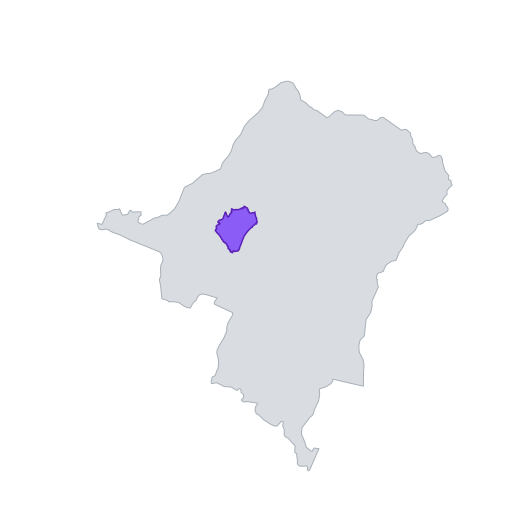 Oshwe, Bandundu, Democratic Republic of the Congo shown in context, rotated 23°
{"feature_id": "63176286B4112889633509", "entity_name": "Oshwe", "entity_type": "district", "adm_level": 2, "iso_a3": "COD", "parent_name": "Democratic Republic of the Congo", "parent_adm1": "Bandundu", "projection": "robinson", "projection_center": [19.895, -3.147], "detail": "fine", "context": "in_parent", "style": "filled", "palette": "violet", "viewbox_px": 512, "rotation_deg": 23, "n_neighbors": 0, "source": "geoboundaries", "source_scale": "gbopen_adm2", "svg_char_len": 8528}
<svg xmlns="http://www.w3.org/2000/svg" viewBox="0 0 512 512"><g transform="rotate(23 256 256)"><path d="M405.7,333.9L374.8,339.4L375.4,341.4L375.1,343.5L374.3,345.1L371.1,349.4L366.5,353.4L366.5,354.3L368.8,358.8L370.2,364.8L369.8,375.5L370.4,378.4L370.2,380.7L368.7,383.2L365.4,396.1L367.5,402.3L373.5,408.1L377.0,412.4L383.0,414.0L384.0,413.7L384.4,410.1L389.2,408.8L389.0,431.7L388.6,433.0L387.7,433.3L386.6,432.5L386.2,430.4L385.0,429.4L379.1,432.2L377.6,432.2L376.0,431.7L374.9,430.5L374.5,428.8L370.5,422.1L368.4,421.6L366.2,415.6L357.0,411.2L353.5,410.9L351.7,409.5L349.9,404.8L346.8,401.7L346.2,398.4L345.6,397.9L343.7,398.6L342.0,403.9L340.0,405.2L336.2,405.3L326.7,403.7L320.0,401.0L318.2,401.2L315.5,398.7L314.5,394.6L315.1,391.4L314.6,390.9L304.3,393.6L301.8,395.2L299.4,394.8L298.7,393.9L299.8,391.7L299.3,389.4L298.5,388.3L295.5,387.4L294.5,384.9L292.7,384.5L292.0,384.9L291.6,386.6L290.4,387.2L284.3,386.3L277.9,388.6L269.3,388.0L265.2,390.7L264.6,390.6L263.8,389.2L263.0,384.9L263.4,383.7L264.7,382.8L265.1,381.1L264.7,376.6L265.1,375.5L264.6,372.9L263.3,368.8L261.5,365.4L257.7,360.4L257.0,358.0L257.2,352.3L258.5,343.3L258.4,336.7L256.8,332.4L256.4,327.7L257.5,319.3L256.5,317.3L236.9,316.6L236.1,316.0L235.7,314.8L236.6,309.8L224.7,311.1L221.2,312.0L219.0,314.1L218.2,316.6L218.2,320.3L216.4,323.7L215.9,329.6L212.6,330.3L209.3,330.3L202.9,329.0L196.7,330.7L193.7,332.3L192.1,331.5L186.6,332.1L185.8,331.7L179.5,320.1L176.6,316.2L176.1,314.3L176.3,312.5L175.5,310.1L172.6,304.1L172.0,301.4L172.2,297.0L171.8,295.6L169.1,291.8L167.4,290.6L165.4,289.9L133.5,290.4L123.0,289.7L115.3,290.2L111.4,289.9L110.3,289.4L106.7,290.1L104.9,291.7L102.1,292.5L100.4,292.2L97.1,287.9L101.6,287.1L101.9,286.7L102.2,276.4L101.0,274.9L103.4,273.1L107.3,268.6L111.1,267.0L111.6,266.0L112.4,266.1L113.8,268.0L117.1,270.5L121.1,268.3L121.6,267.7L122.1,263.2L123.1,262.9L124.8,263.8L125.8,263.8L127.6,262.5L132.8,260.3L134.3,263.2L132.9,265.7L133.5,267.5L133.7,270.4L134.5,271.0L138.6,271.3L139.8,270.6L147.9,260.5L150.1,259.3L153.5,255.2L158.0,253.4L160.0,250.2L162.6,244.5L163.7,236.3L163.3,222.1L163.7,220.2L169.1,213.9L174.8,202.2L178.6,199.2L181.4,198.0L185.8,193.7L189.3,189.5L188.8,184.3L189.7,180.1L191.6,174.7L192.2,168.9L191.5,162.9L191.8,158.0L194.4,150.1L194.7,141.0L197.0,133.5L201.7,123.8L203.9,116.7L203.4,109.6L204.0,104.4L203.8,101.3L202.9,98.6L203.4,97.0L205.2,96.3L207.4,93.6L211.3,86.7L215.6,83.3L218.5,82.2L221.6,82.3L223.6,82.9L226.9,85.7L230.6,87.8L233.4,90.5L236.1,94.8L242.8,95.7L245.6,97.2L247.3,97.8L248.0,97.4L249.3,97.6L252.5,98.9L255.0,98.2L267.2,101.0L268.6,99.6L272.0,92.3L274.6,89.8L278.8,89.6L282.1,91.0L283.8,91.0L298.8,84.7L300.8,84.4L306.3,85.9L309.8,84.9L311.3,85.2L314.3,84.1L316.8,79.8L318.9,78.7L340.5,83.4L343.8,81.1L345.4,80.9L350.2,82.5L351.7,85.2L354.6,87.5L356.6,91.3L359.9,93.4L361.5,95.5L363.4,96.9L367.3,97.4L372.3,94.0L375.8,94.3L379.4,96.2L380.6,96.1L383.3,94.1L384.7,91.9L386.1,91.5L388.1,92.4L389.9,94.4L391.4,97.3L396.8,103.8L402.0,106.6L403.4,110.6L405.2,110.2L406.2,110.6L407.6,113.1L408.5,113.6L408.7,114.7L407.4,117.1L406.2,121.6L407.8,124.4L406.4,128.5L405.8,132.7L407.5,133.7L409.7,133.7L411.7,135.8L413.3,136.2L414.9,138.5L414.5,140.4L409.4,147.3L401.7,155.7L399.0,156.7L397.7,158.2L396.7,160.7L394.5,162.8L392.7,163.6L392.6,169.7L390.0,175.9L389.0,177.2L387.6,187.4L387.8,189.2L386.4,197.5L386.6,205.3L382.9,207.8L380.3,211.6L379.1,214.2L379.1,220.6L374.9,224.4L374.6,225.3L375.6,229.8L377.2,230.5L377.2,232.0L380.7,236.8L380.4,251.5L380.6,253.0L382.4,256.5L383.6,263.2L382.2,271.6L386.9,287.2L384.7,292.9L385.7,298.4L388.5,304.1L395.1,309.7L396.8,312.1L398.5,315.2L400.0,320.0L405.7,333.9Z" fill="#d9dde1" stroke="#a8b0b8" stroke-width="1"/><path d="M243.8,226.2L243.8,225.7L243.8,225.1L243.9,224.8L243.9,224.6L243.8,224.3L243.7,224.1L243.3,223.9L242.9,223.4L242.8,223.0L242.5,222.6L242.3,222.4L242.3,222.1L242.2,221.9L241.9,221.5L241.7,220.9L241.2,220.7L240.9,220.5L240.7,220.2L240.4,219.9L240.1,219.6L239.9,219.3L239.8,219.2L239.7,219.1L239.5,218.7L239.2,218.4L239.0,218.1L238.9,217.8L238.8,217.6L238.7,217.4L238.3,216.9L238.2,216.8L238.0,216.5L237.8,216.1L237.7,216.2L237.6,216.4L237.5,216.8L237.3,217.0L237.1,217.2L236.6,217.3L235.9,217.5L235.5,218.0L235.3,218.2L235.1,218.3L234.7,218.6L234.1,218.7L233.7,219.0L233.3,218.9L232.8,218.5L232.6,218.4L232.3,218.1L232.1,217.9L231.6,217.6L231.3,217.6L231.1,217.5L231.0,217.4L230.9,217.3L230.8,217.2L230.9,216.9L230.8,216.6L230.6,216.4L230.0,216.1L229.9,216.1L229.8,215.8L229.6,215.6L229.5,215.4L229.4,215.3L229.2,215.3L228.9,215.3L228.7,215.2L227.9,215.1L226.3,214.9L225.7,214.9L225.7,215.0L225.8,215.5L226.0,215.7L226.0,216.0L226.1,216.3L225.9,216.5L225.7,216.6L225.0,216.6L224.9,216.7L224.8,216.9L224.8,217.1L224.8,217.4L224.8,217.6L224.1,217.6L223.9,217.7L223.8,217.8L223.7,217.9L223.7,218.1L223.4,218.7L223.0,219.1L222.6,219.5L222.3,219.6L222.2,219.7L221.9,219.9L221.7,220.1L221.3,220.3L221.1,220.4L220.9,220.5L220.5,220.7L219.5,221.2L219.4,221.2L219.2,221.3L218.9,221.4L218.7,221.4L218.5,221.5L218.2,221.8L217.9,222.0L217.4,222.2L217.2,222.2L217.0,222.4L216.9,222.4L216.7,222.3L216.4,222.4L216.2,222.3L216.0,222.1L215.7,222.2L215.2,222.1L215.1,222.4L215.3,222.7L215.5,222.9L215.6,223.0L215.6,223.3L215.8,223.8L215.9,224.0L216.0,224.1L216.0,224.4L216.0,224.5L215.8,225.0L216.0,225.2L216.1,225.4L216.3,225.4L216.5,225.4L216.3,226.3L215.7,227.2L215.6,227.3L215.6,229.8L215.6,230.1L215.3,230.3L215.1,230.2L214.9,230.3L214.7,230.8L214.7,231.1L214.4,231.1L212.9,229.5L212.2,228.8L211.6,228.1L211.4,227.9L210.8,227.6L210.7,227.9L210.6,228.4L210.6,228.6L210.6,229.0L210.7,229.3L210.8,230.0L210.9,230.7L210.9,230.9L210.7,231.4L210.8,232.7L210.9,233.0L211.0,233.8L211.0,234.3L210.9,234.8L210.8,235.1L210.6,235.3L210.4,235.5L210.2,235.7L210.1,235.8L209.9,236.3L209.6,236.6L209.0,236.8L208.7,236.9L208.5,237.0L208.4,237.2L208.3,237.3L208.1,238.1L208.0,238.3L207.6,239.0L207.7,239.3L207.7,239.5L207.8,239.7L207.9,239.9L208.0,240.0L208.3,240.0L208.5,240.1L208.8,239.9L209.3,239.8L209.4,240.0L209.8,240.3L210.0,240.2L210.1,240.3L210.1,240.6L210.1,240.8L209.6,241.3L209.4,241.4L209.0,241.8L208.8,242.1L208.8,242.3L208.7,242.5L208.2,242.9L208.0,243.3L207.8,243.9L207.8,244.2L207.9,244.7L208.2,245.0L208.5,245.3L208.7,245.5L208.8,245.7L208.9,245.8L208.9,246.1L208.7,246.4L208.7,246.5L208.9,246.9L208.9,247.0L208.8,247.3L208.6,247.9L208.6,248.4L208.6,248.5L209.0,248.6L209.4,248.9L209.6,249.0L209.8,249.0L210.0,249.2L210.5,249.5L210.9,249.6L211.0,249.7L211.1,249.9L211.2,250.0L211.5,250.1L211.9,250.3L212.3,250.2L212.6,250.4L212.8,250.5L213.1,250.7L213.5,250.8L213.8,251.0L214.0,251.1L214.2,251.3L214.5,251.4L214.7,251.5L214.9,251.7L215.1,251.9L215.2,252.0L215.5,252.0L216.0,252.3L216.3,252.6L216.5,252.7L216.7,252.9L217.3,253.3L217.5,253.4L217.7,253.7L217.8,253.6L218.1,253.8L218.4,254.0L218.5,254.2L219.1,254.4L219.1,254.5L219.3,254.6L219.5,254.7L219.9,255.0L220.0,255.2L220.1,255.4L220.2,255.5L220.4,255.4L220.5,255.5L221.2,255.6L221.3,255.8L221.6,255.8L221.8,255.7L222.0,255.8L222.3,255.8L222.8,255.9L222.8,256.0L223.0,255.9L223.5,256.1L223.7,256.3L223.8,256.4L224.0,256.4L224.3,256.4L224.7,256.8L224.8,257.0L225.0,257.4L225.2,257.5L225.4,257.5L225.6,257.6L225.8,257.8L225.9,258.0L226.0,258.1L226.3,257.9L226.4,258.0L226.5,258.1L226.6,258.4L226.6,258.5L226.8,258.6L226.9,258.8L227.0,258.9L227.1,259.0L227.1,259.4L227.3,259.6L227.3,259.8L227.5,260.1L228.0,260.2L228.4,260.1L228.5,260.2L228.9,260.2L229.0,260.2L229.1,260.3L229.2,260.5L229.3,260.6L229.5,260.6L229.6,261.0L229.8,261.1L230.2,261.0L230.4,261.1L230.7,261.3L230.7,261.5L230.7,261.9L231.0,261.9L231.1,262.0L231.3,262.2L231.5,262.0L231.9,261.9L232.0,261.9L232.3,262.1L232.5,262.2L232.9,262.1L232.8,261.9L233.0,261.7L232.9,261.2L233.0,260.9L233.1,260.5L233.2,260.3L233.3,260.3L233.5,260.3L233.5,260.2L233.8,260.0L234.3,260.1L234.5,260.2L234.8,260.0L234.8,259.8L234.9,259.7L235.3,259.6L235.8,259.3L236.6,258.9L236.9,258.8L237.1,258.7L237.3,258.6L237.3,258.4L237.4,258.1L237.4,257.8L237.5,257.8L237.6,257.7L237.8,257.5L237.8,257.1L237.9,256.6L237.8,256.2L237.9,255.8L237.7,254.7L237.6,254.1L237.6,252.6L237.6,251.8L237.5,249.5L237.3,246.4L237.4,245.0L237.3,243.8L237.3,243.5L237.3,242.3L237.3,241.9L237.3,241.7L237.5,241.3L237.8,240.2L237.8,239.7L237.9,239.3L238.0,239.0L238.0,238.6L238.2,238.3L238.3,237.8L238.9,235.7L239.3,234.7L239.8,233.4L240.2,232.4L240.3,232.1L240.5,231.8L240.6,231.6L241.3,231.0L241.2,230.1L241.4,229.7L241.7,229.1L242.2,228.3L242.7,227.4L242.8,227.0L242.8,226.6L242.9,226.1L243.8,226.2Z" fill="#8b5cf6" stroke="#5b21b6" stroke-width="1.5"/></g></svg>